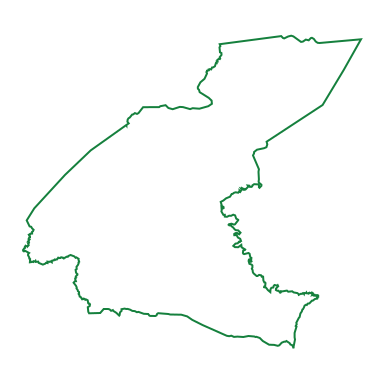 Nsama, Northern, Zambia
{"feature_id": "96606910B46360514720663", "entity_name": "Nsama", "entity_type": "district", "adm_level": 2, "iso_a3": "ZMB", "parent_name": "Zambia", "parent_adm1": "Northern", "projection": "orthographic", "projection_center": [30.06, -8.814], "detail": "fine", "context": "isolated", "style": "outline", "palette": "green", "viewbox_px": 384, "rotation_deg": 0, "n_neighbors": 0, "source": "geoboundaries", "source_scale": "gbopen_adm2", "svg_char_len": 5941}
<svg xmlns="http://www.w3.org/2000/svg" viewBox="0 0 384 384"><path d="M89.1,313.3L100.2,313.0L103.7,309.0L108.2,309.0L109.6,309.4L111.1,310.8L112.8,310.1L113.0,310.7L116.3,312.8L119.2,315.6L119.6,315.1L120.0,312.4L121.6,310.8L121.5,309.2L124.6,308.6L126.2,309.0L127.6,308.9L130.2,309.7L132.3,310.9L134.8,311.1L136.9,312.2L138.5,311.9L143.8,313.8L148.2,314.0L149.4,315.6L150.2,315.9L155.3,316.0L156.5,315.4L157.2,313.8L158.2,313.2L168.3,314.0L170.2,314.5L181.3,314.7L187.2,316.4L192.3,319.9L202.7,325.1L226.8,335.8L229.2,336.2L231.3,335.7L234.0,336.9L237.4,336.6L243.3,337.0L248.5,336.0L254.3,336.5L255.5,337.0L256.4,336.8L259.8,338.0L262.8,341.0L269.1,344.7L274.1,344.9L277.8,345.8L279.3,345.3L281.7,342.7L284.1,341.7L285.5,341.7L286.4,341.0L289.7,343.2L290.4,344.5L292.3,345.2L293.6,348.3L293.6,346.6L295.0,339.5L294.6,337.4L294.6,332.9L296.5,326.6L295.7,326.0L296.7,324.2L296.3,322.8L298.8,317.9L299.6,317.1L300.4,313.5L301.8,311.5L302.4,309.5L303.0,309.2L303.9,307.5L304.6,305.6L306.1,304.7L306.8,305.0L307.8,303.6L309.4,303.4L311.9,300.7L312.7,300.7L315.1,298.9L317.3,298.6L317.6,297.6L317.2,297.3L317.8,296.4L318.2,296.5L318.2,295.8L317.5,295.7L317.5,295.1L316.0,295.1L315.8,295.8L314.8,295.7L314.6,295.3L313.9,295.6L313.4,295.0L312.8,295.1L313.4,294.5L312.8,294.4L313.2,294.0L312.9,293.2L312.3,292.8L311.9,293.2L311.6,292.7L311.0,293.2L309.6,292.7L308.9,293.4L308.7,293.0L307.6,293.4L306.7,293.2L306.4,292.6L306.1,293.2L304.2,293.0L304.0,294.0L303.5,293.3L302.6,293.2L302.0,293.9L300.7,293.8L298.8,294.8L298.6,294.1L297.4,293.1L293.6,292.4L292.2,291.3L288.2,291.7L286.9,290.6L282.2,291.4L281.0,291.2L280.8,292.4L280.2,292.7L278.5,290.7L277.4,290.8L275.9,290.0L276.0,288.6L278.2,286.2L277.7,285.2L277.3,285.6L274.5,285.0L273.6,286.1L273.3,287.5L271.4,287.8L270.5,289.3L270.3,292.1L267.9,290.1L266.0,287.6L264.1,287.2L264.2,286.5L265.2,285.8L265.5,283.1L265.2,282.5L264.3,282.4L263.4,280.5L263.1,276.6L262.4,276.3L261.7,276.6L261.1,275.3L259.1,274.9L257.5,276.0L256.6,276.0L253.5,273.3L252.8,272.0L252.6,270.1L251.8,268.7L252.4,267.6L252.4,265.4L251.6,264.6L249.4,263.8L248.6,261.0L248.9,259.6L249.7,259.3L249.9,260.9L250.9,261.8L251.5,261.4L251.1,260.5L251.4,257.9L250.6,257.5L250.1,256.4L249.6,253.8L248.5,253.0L244.1,254.1L243.3,253.7L242.9,252.9L243.2,250.5L244.9,250.0L245.2,249.5L241.6,247.3L241.3,244.9L238.2,247.2L234.9,247.1L233.3,245.9L235.5,243.6L237.7,243.3L238.5,242.3L239.5,242.1L239.3,241.6L241.0,241.0L240.2,238.8L237.9,237.5L236.6,235.1L234.3,235.2L234.2,234.0L235.5,233.1L237.1,233.0L239.2,234.3L240.5,232.7L238.2,230.4L236.0,230.2L234.8,229.5L233.0,227.3L231.4,226.2L230.9,224.9L229.3,225.4L228.6,224.8L229.0,224.2L231.5,223.7L234.0,224.6L235.0,224.3L238.2,220.2L238.2,219.8L236.2,218.6L235.1,215.4L233.2,214.7L231.1,215.8L229.2,215.7L227.0,216.8L224.8,216.6L224.8,214.8L223.4,214.9L221.4,211.5L221.7,210.0L221.5,207.4L222.6,208.6L223.6,208.1L223.6,207.5L223.4,206.8L222.1,206.4L220.7,201.9L223.4,200.5L226.1,198.3L230.0,196.7L231.7,194.0L232.6,193.9L234.0,192.8L235.6,192.3L238.2,192.7L238.9,191.8L239.7,192.0L239.6,190.6L240.5,191.5L241.7,189.6L241.2,188.8L242.4,189.3L242.2,188.2L243.6,188.9L243.2,189.4L244.3,189.8L245.0,189.7L245.3,189.0L245.8,189.2L247.9,187.0L248.2,186.4L247.7,185.5L249.4,185.7L249.7,186.8L251.4,186.9L252.2,186.4L252.4,185.4L254.1,184.2L258.4,184.4L259.0,185.6L258.9,187.2L259.5,187.8L261.4,185.8L261.4,184.7L259.1,182.8L258.6,181.8L258.9,179.3L258.5,171.8L258.9,169.2L253.0,155.4L254.0,153.5L254.1,152.0L257.0,149.7L264.1,148.2L266.4,147.2L267.3,144.4L266.6,141.7L322.6,105.0L343.7,70.0L361.0,39.3L319.6,43.0L317.6,42.8L315.7,41.5L313.8,38.9L311.9,37.8L310.8,38.1L308.7,40.3L305.8,39.6L302.9,41.6L301.0,41.9L293.4,36.4L291.2,35.7L288.1,36.5L284.2,38.4L283.0,38.0L281.2,36.1L219.7,44.2L220.4,46.1L219.5,47.3L220.0,52.3L221.4,53.0L221.5,54.9L219.7,57.2L220.2,58.6L219.8,59.1L218.9,58.8L217.4,59.9L217.6,61.4L216.7,61.3L216.7,63.2L215.9,63.1L214.9,66.3L213.1,67.4L212.0,67.5L211.2,69.4L209.8,69.1L208.6,69.5L208.8,70.3L207.0,70.7L207.1,71.5L206.4,72.1L207.0,73.5L204.5,78.8L200.4,82.3L197.8,87.1L197.9,88.7L199.0,89.8L199.7,92.2L208.8,97.9L211.6,100.6L211.9,103.8L208.3,106.2L199.4,108.7L192.7,108.2L190.1,109.1L183.0,107.1L179.8,106.9L172.7,109.2L168.4,108.0L165.6,105.2L160.3,106.2L159.2,107.1L143.1,107.2L138.5,113.1L137.0,113.9L134.9,113.1L133.2,114.4L132.1,114.6L129.8,117.5L128.5,118.3L127.7,119.5L127.4,121.7L128.7,123.4L126.4,125.0L126.4,125.4L126.2,125.1L90.7,150.4L65.1,174.8L34.3,208.3L26.7,220.4L29.6,226.4L31.2,226.8L32.1,228.4L33.6,229.8L33.0,231.2L32.1,231.8L32.1,233.5L30.7,233.5L29.4,234.4L30.0,234.6L29.2,235.5L30.0,236.6L30.0,237.4L29.3,237.5L28.7,238.5L28.6,239.5L29.4,239.7L28.0,241.6L28.8,241.7L29.0,242.3L28.6,242.6L28.7,243.2L28.1,243.5L28.7,245.2L27.5,246.5L27.3,245.9L25.6,246.3L25.4,246.0L24.8,246.9L25.0,247.9L24.2,248.3L23.0,250.1L23.3,250.9L24.4,250.8L24.4,251.2L25.3,250.9L29.1,253.0L28.2,253.9L28.0,255.1L29.3,257.6L29.3,258.6L30.1,259.0L29.9,262.3L31.9,262.0L32.1,261.6L33.4,262.0L33.8,261.2L35.0,261.5L35.5,260.9L35.8,261.9L38.2,261.6L38.7,262.9L42.9,264.6L45.2,263.7L45.9,262.9L47.5,263.1L47.4,261.6L49.4,261.9L50.3,261.4L51.8,262.3L51.8,261.0L52.1,260.6L53.8,260.4L54.2,259.5L53.9,259.1L55.2,259.9L56.1,259.4L56.9,259.5L58.2,257.7L58.8,258.1L60.4,258.0L60.6,257.5L61.8,257.3L63.5,258.3L63.6,257.8L64.7,257.9L66.6,256.7L67.8,256.8L68.3,256.0L70.6,255.0L74.3,256.4L75.6,257.8L76.4,257.4L78.6,258.8L78.4,259.4L79.2,261.8L78.5,262.4L78.6,263.4L77.9,265.0L76.5,266.8L76.7,269.0L75.6,269.8L76.0,272.4L76.6,273.5L77.4,274.1L77.4,274.8L75.8,276.4L75.5,277.9L75.8,278.0L75.1,278.8L75.9,281.2L74.8,281.3L73.6,282.7L76.0,285.8L76.7,287.4L76.5,288.4L77.7,290.0L77.9,291.1L79.0,292.0L79.1,293.2L78.6,293.9L79.3,294.9L79.7,296.6L80.7,297.0L82.1,299.3L83.2,299.1L83.4,298.6L84.4,298.8L85.3,299.3L85.4,299.8L86.3,299.5L87.7,300.3L88.2,303.2L88.8,303.8L89.5,303.6L90.0,304.3L89.7,306.0L87.8,307.2L88.3,311.8L89.1,313.3Z" fill="none" stroke="#15803d" stroke-width="2"/></svg>